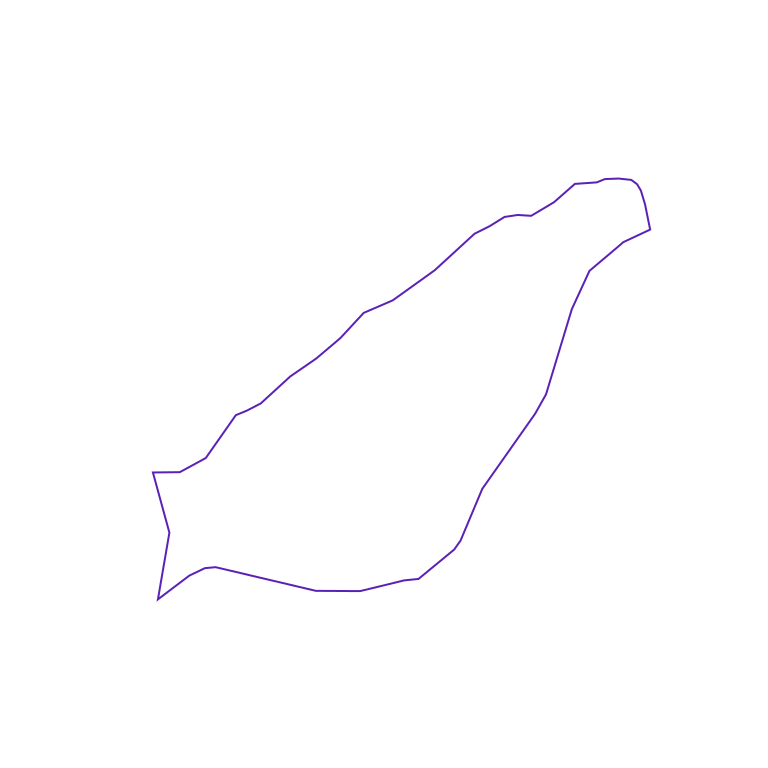 Bundibugyo, Natural Earth projection, rotated 208°
{"feature_id": "UGA-3104", "entity_name": "Bundibugyo", "entity_type": "District", "adm_level": 1, "iso_a3": "UGA", "parent_name": "Uganda", "parent_adm1": "", "projection": "natural_earth1", "projection_center": [30.039, 0.68], "detail": "fine", "context": "isolated", "style": "outline", "palette": "violet", "viewbox_px": 768, "rotation_deg": 208, "n_neighbors": 0, "source": "natural_earth", "source_scale": "10m", "svg_char_len": 741}
<svg xmlns="http://www.w3.org/2000/svg" viewBox="0 0 768 768"><g transform="rotate(208 384 384)"><path d="M294.6,201.7L307.9,189.9L347.0,169.4L446.7,143.2L455.7,137.3L465.9,123.5L482.5,87.7L503.7,152.0L546.5,197.4L522.9,210.3L506.6,235.0L500.2,286.9L492.6,296.1L483.7,309.0L470.3,346.7L455.8,374.7L444.1,404.0L435.3,437.3L415.6,461.9L392.6,508.3L374.6,559.2L365.0,572.7L356.0,588.1L345.3,596.0L333.0,601.6L319.2,624.4L309.4,650.3L290.8,661.9L285.2,668.6L273.4,675.5L261.5,680.3L254.3,679.2L248.0,675.4L237.7,665.0L229.5,655.0L221.5,645.3L239.3,621.6L242.2,614.1L255.7,580.4L253.3,538.3L236.1,451.0L236.6,428.8L248.0,337.6L242.9,281.7L244.3,270.8L262.0,228.1L274.1,220.0L294.6,201.7Z" fill="none" stroke="#5b21b6" stroke-width="2"/></g></svg>